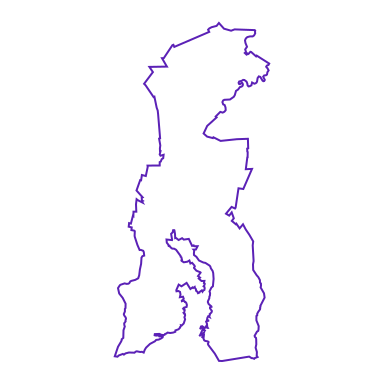 outline of Borosneu Mare, Covasna, Romania
{"feature_id": "2599482B5225346003684", "entity_name": "Borosneu Mare", "entity_type": "district", "adm_level": 2, "iso_a3": "ROU", "parent_name": "Romania", "parent_adm1": "Covasna", "projection": "orthographic", "projection_center": [26.017, 45.82], "detail": "fine", "context": "isolated", "style": "outline", "palette": "violet", "viewbox_px": 384, "rotation_deg": 0, "n_neighbors": 0, "source": "geoboundaries", "source_scale": "gbopen_adm2", "svg_char_len": 6033}
<svg xmlns="http://www.w3.org/2000/svg" viewBox="0 0 384 384"><path d="M269.2,63.6L256.7,55.6L256.1,56.4L251.2,52.0L250.4,51.8L248.5,53.9L247.8,54.2L247.2,53.5L246.4,54.5L244.8,53.0L246.0,52.0L245.2,49.4L247.0,46.8L245.5,43.1L245.0,40.4L245.8,38.5L247.3,37.1L250.0,36.4L252.7,36.4L254.1,35.4L255.2,33.3L255.0,31.9L255.2,30.6L254.7,30.1L234.6,29.4L231.1,30.7L224.0,28.7L218.9,23.0L216.6,25.9L211.6,27.2L209.2,28.5L208.1,29.7L209.2,31.9L174.3,46.9L173.4,44.8L172.4,45.2L163.8,58.1L162.0,58.2L166.9,66.6L149.4,66.9L152.9,72.1L144.1,83.8L145.6,85.3L153.6,97.1L154.4,96.7L156.7,107.8L157.7,110.5L158.1,114.1L160.1,138.3L159.1,138.6L160.3,145.4L159.9,148.5L160.0,151.2L160.5,151.2L159.7,154.4L160.5,155.7L163.6,154.8L163.2,158.2L161.7,159.2L160.8,161.5L159.7,162.1L159.7,165.5L147.5,165.6L147.7,167.0L145.8,176.0L141.9,175.0L141.1,180.3L140.2,180.1L136.5,190.5L142.6,197.3L141.7,197.6L141.9,200.3L142.8,200.9L141.9,201.4L142.6,202.6L138.0,200.3L136.6,199.2L136.0,204.3L136.3,211.7L133.5,211.7L133.4,215.8L133.0,215.4L130.9,223.6L129.1,223.1L128.7,226.7L131.7,227.4L131.4,230.1L134.1,230.6L134.8,231.2L134.6,235.8L134.8,236.9L137.4,244.9L139.6,250.0L140.8,249.9L143.2,250.8L143.8,252.1L144.2,255.6L142.5,256.1L141.5,257.6L141.1,263.9L139.9,269.5L139.2,275.3L138.2,278.3L135.2,279.9L131.3,280.9L130.2,281.5L129.3,283.1L128.4,283.7L126.7,283.9L124.6,283.4L120.7,284.7L119.9,285.2L118.0,288.1L119.2,293.5L122.7,297.9L125.6,303.7L125.5,308.1L124.9,308.9L124.9,311.5L123.8,314.1L124.2,315.4L125.7,317.5L126.0,318.8L125.5,320.2L125.6,321.4L124.2,323.3L124.3,325.0L124.8,326.5L123.5,330.2L123.3,337.9L121.7,339.3L121.7,340.1L121.2,341.4L118.0,346.8L114.8,356.3L117.5,356.7L118.7,355.5L122.9,353.9L123.9,354.6L125.5,353.4L129.0,352.5L134.5,352.7L135.6,351.7L136.8,351.3L140.2,352.0L141.9,351.8L143.7,352.6L144.8,349.7L146.1,347.6L150.0,343.9L154.9,341.3L156.2,339.9L158.7,339.6L160.8,338.6L162.6,337.4L162.8,336.5L161.5,336.6L160.3,335.8L159.3,336.4L158.9,335.9L159.3,335.2L156.5,335.6L155.7,335.2L155.2,335.5L154.6,335.2L154.8,334.1L159.4,333.9L161.6,334.9L163.5,335.0L164.6,334.8L165.1,333.9L166.3,333.6L167.5,332.6L170.2,333.0L173.1,332.6L175.3,331.8L175.4,330.4L178.5,329.3L180.1,327.6L180.0,327.2L181.1,325.7L181.0,325.3L181.7,325.5L183.7,323.5L185.1,319.3L184.4,317.2L185.1,315.6L185.0,314.1L184.2,313.8L183.7,313.0L184.2,312.9L184.6,310.1L184.3,309.9L184.6,309.8L184.2,308.7L183.4,308.3L184.1,307.6L186.6,306.9L186.9,305.0L186.3,303.0L185.4,301.9L184.9,302.0L183.8,300.6L181.9,301.2L181.8,300.6L183.0,299.7L183.7,298.7L183.0,296.7L179.9,297.2L180.5,294.4L180.0,291.9L178.4,291.0L176.5,291.3L176.3,290.2L178.7,284.6L181.5,286.3L186.6,282.9L190.4,289.0L192.5,287.4L193.1,288.0L194.7,286.9L194.9,287.9L195.9,289.2L196.1,290.8L197.2,291.5L198.0,293.2L199.4,292.6L199.5,292.0L201.8,290.4L202.5,291.7L203.3,290.5L204.4,289.9L204.7,288.1L204.3,286.7L203.6,286.3L204.6,284.7L204.7,283.6L203.9,283.1L204.4,280.9L201.5,281.0L198.8,278.6L200.0,277.6L198.0,276.1L200.6,272.6L200.4,272.3L196.4,270.7L194.1,268.1L194.0,267.6L194.8,266.5L194.5,265.6L192.1,262.8L190.4,263.5L189.4,260.5L187.4,261.7L183.8,262.3L181.6,260.9L181.4,260.3L182.0,259.9L181.4,257.3L180.6,256.7L180.6,256.0L179.6,254.6L176.1,249.8L174.2,248.7L172.2,248.6L171.1,247.8L169.7,246.3L169.0,246.1L169.2,245.6L168.5,245.4L168.2,244.5L166.8,242.7L166.5,239.5L172.0,240.1L172.1,239.6L171.1,233.9L172.7,232.3L173.1,230.2L174.1,230.1L174.4,230.3L175.0,233.9L175.2,238.1L175.9,237.9L178.6,240.0L182.1,238.2L183.8,239.6L188.8,238.9L192.1,245.9L193.6,245.4L193.8,246.0L194.4,246.2L197.6,246.2L195.9,249.5L193.6,249.6L194.2,250.3L193.9,253.6L194.0,255.0L196.4,256.8L199.0,260.5L203.3,262.5L205.4,262.9L209.6,265.6L210.3,266.5L210.9,268.4L212.6,270.9L213.2,273.0L213.6,278.9L212.9,286.3L211.4,287.6L209.5,291.4L210.1,293.1L209.9,295.6L209.4,296.5L209.3,298.3L207.9,301.3L207.9,302.3L208.7,304.1L211.3,306.3L211.5,306.8L210.0,307.4L210.0,308.3L211.9,311.0L211.5,312.4L209.7,314.1L209.9,314.8L209.1,316.1L209.5,317.0L208.2,316.3L207.4,317.7L207.0,319.7L208.3,320.4L208.3,320.8L206.5,321.1L206.1,321.6L207.0,323.8L207.2,326.8L207.8,327.9L207.3,327.9L206.2,326.1L205.4,327.5L204.8,328.0L202.2,326.2L201.0,326.5L200.1,329.2L201.0,328.0L202.0,327.7L204.8,330.4L204.4,330.7L203.1,329.7L202.5,329.8L200.2,334.9L199.3,336.1L203.9,332.7L201.9,337.8L203.8,336.0L203.5,338.6L204.2,340.3L205.2,340.9L207.8,341.4L208.6,342.1L207.9,343.9L208.4,345.1L214.8,353.6L219.0,360.9L222.2,361.0L249.2,356.6L251.5,358.1L252.8,358.2L254.2,358.8L254.8,358.1L257.6,357.0L256.7,355.7L256.9,352.0L255.6,347.7L256.3,344.4L256.2,339.5L256.0,337.9L254.9,336.9L254.6,335.8L257.0,331.6L258.2,330.9L258.5,329.7L258.7,326.1L256.4,320.4L256.4,316.0L257.2,315.4L257.2,313.8L258.2,311.9L260.0,309.4L260.2,308.5L260.0,308.0L260.5,306.6L260.3,306.0L264.6,297.6L264.0,293.3L260.6,287.4L261.0,285.9L260.9,283.5L260.0,282.6L259.9,280.1L258.3,277.1L256.7,275.3L253.2,270.0L253.0,264.4L253.6,261.1L252.7,245.3L253.2,241.4L249.3,234.7L245.7,229.4L243.0,224.3L239.6,228.4L236.4,223.7L235.9,224.3L231.8,220.9L233.8,218.3L231.7,212.4L229.2,215.6L226.0,213.7L231.6,206.9L235.0,208.5L235.6,207.7L238.5,188.3L243.3,189.0L252.0,168.9L245.8,169.2L247.3,157.4L247.6,157.3L247.7,152.0L247.3,151.6L247.2,148.6L248.2,148.3L247.9,138.8L236.9,139.2L220.6,140.9L213.4,137.3L212.9,138.1L207.1,136.6L203.6,133.5L207.2,125.9L216.6,117.4L215.7,116.5L220.3,111.9L222.7,112.6L224.3,111.8L225.3,110.7L225.7,110.1L225.5,107.4L224.6,105.0L223.2,104.4L222.4,102.1L223.1,100.5L224.3,99.8L230.0,99.5L233.8,96.8L234.8,95.1L236.0,90.9L238.1,89.5L239.9,87.1L241.6,86.6L242.7,85.6L242.9,84.2L242.3,83.0L241.7,82.9L239.9,84.2L239.0,83.9L238.6,82.8L239.2,81.5L241.8,80.8L243.1,79.9L244.4,80.0L246.5,81.6L247.3,83.5L247.6,85.4L248.5,86.4L249.8,86.2L251.4,85.3L252.1,82.5L254.3,83.7L255.6,83.3L256.6,82.5L257.1,81.3L257.6,78.1L258.8,76.4L260.3,76.9L262.5,80.6L263.3,81.2L264.2,81.0L264.8,79.9L263.2,76.7L264.1,75.5L266.1,75.2L267.0,74.5L267.4,72.2L268.6,70.4L267.4,68.1L266.5,67.3L266.2,66.7L266.9,65.6L268.5,64.9L269.2,63.6Z" fill="none" stroke="#5b21b6" stroke-width="2"/></svg>